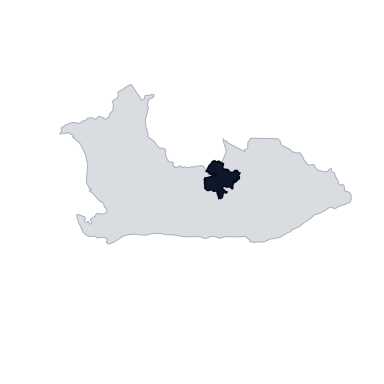 location of Atalaya, Ucayali, Peru, rotated 297°
{"feature_id": "86281439B8185732836313", "entity_name": "Atalaya", "entity_type": "district", "adm_level": 2, "iso_a3": "PER", "parent_name": "Peru", "parent_adm1": "Ucayali", "projection": "natural_earth1", "projection_center": [-73.051, -10.43], "detail": "fine", "context": "in_parent", "style": "filled", "palette": "ink", "viewbox_px": 384, "rotation_deg": 297, "n_neighbors": 0, "source": "geoboundaries", "source_scale": "gbopen_adm2", "svg_char_len": 9079}
<svg xmlns="http://www.w3.org/2000/svg" viewBox="0 0 384 384"><g transform="rotate(297 192 192)"><path d="M261.4,113.1L261.3,114.1L260.2,114.6L259.1,113.9L257.6,114.1L255.4,111.7L249.9,112.1L247.5,114.9L244.0,115.5L240.0,116.8L235.6,117.3L228.6,121.8L227.0,123.6L223.9,126.3L221.3,127.2L220.0,135.3L217.5,140.0L216.5,142.7L217.9,146.6L217.9,148.5L216.5,150.1L215.3,150.2L212.9,151.9L209.4,155.5L208.7,158.2L209.9,161.9L209.5,162.3L206.6,163.0L206.6,165.0L206.0,165.8L208.5,168.7L209.9,169.4L210.0,170.1L209.7,170.9L209.2,171.2L209.1,171.9L210.9,174.0L212.2,178.4L214.8,180.5L214.9,181.9L215.6,183.3L217.0,184.3L220.1,188.7L220.2,190.7L216.9,195.3L222.3,195.3L228.2,196.9L229.1,197.6L229.8,199.7L229.9,201.1L231.1,202.2L230.9,204.7L238.8,204.8L243.8,204.1L252.1,196.4L253.4,195.7L252.7,197.4L252.6,198.6L253.0,200.0L252.0,201.9L251.9,220.7L253.4,219.7L255.3,221.5L256.7,221.6L261.2,219.4L266.5,219.8L278.5,244.5L277.5,246.1L277.5,247.4L276.0,248.5L274.5,250.5L274.4,260.3L273.2,263.2L273.9,264.8L274.5,267.9L275.6,269.8L275.9,271.0L275.8,271.5L274.1,272.5L274.0,274.3L270.9,277.8L270.4,280.2L269.2,281.0L269.0,283.6L271.7,288.0L270.0,290.6L268.3,294.4L271.0,302.5L272.2,303.7L273.4,303.6L275.2,304.3L276.1,305.5L273.9,307.1L273.5,307.7L273.7,310.4L271.2,312.4L268.0,317.5L267.1,317.7L265.4,319.3L265.2,320.0L265.4,320.8L266.8,322.3L267.0,324.1L264.6,326.4L263.0,326.7L262.3,327.3L263.0,330.4L263.0,331.9L262.5,333.5L261.3,335.3L257.8,337.2L254.6,337.5L249.3,332.9L247.6,330.9L242.2,327.0L241.4,322.8L239.6,320.8L236.3,319.2L233.7,317.1L231.8,316.1L227.0,311.4L222.5,309.9L214.3,305.0L209.9,303.4L204.2,298.7L201.1,297.5L198.7,295.3L191.2,290.8L190.0,289.3L188.9,287.1L187.2,285.7L185.3,282.6L182.6,280.8L179.9,278.4L176.6,271.9L175.0,270.4L174.9,267.5L173.8,266.1L175.4,265.2L176.4,260.6L175.9,258.3L172.1,252.1L171.3,249.6L168.6,244.9L167.5,242.0L165.3,240.0L164.4,238.2L163.1,237.4L163.1,235.2L162.2,231.1L161.0,229.0L156.5,225.1L156.1,220.9L155.1,218.0L148.9,206.1L145.3,194.7L142.3,188.3L141.1,184.6L140.9,182.7L138.7,179.3L137.5,176.2L132.5,170.3L129.6,163.6L129.2,161.7L127.2,158.0L124.0,153.3L122.4,151.4L112.7,145.6L108.2,142.0L107.7,140.2L107.9,139.1L108.9,138.1L110.2,138.9L111.1,138.6L111.7,137.3L111.7,135.3L110.9,132.8L107.8,127.9L108.6,125.6L105.5,120.0L106.2,114.4L106.9,113.0L111.5,107.4L112.8,105.1L114.8,103.6L116.8,101.3L119.3,99.6L120.0,100.2L120.7,103.2L120.6,105.2L121.3,107.4L119.6,109.4L117.8,109.0L117.0,109.5L116.8,110.4L117.1,112.0L117.5,112.6L118.9,112.6L117.1,115.6L117.2,116.2L118.5,116.7L119.7,115.9L121.1,114.3L121.8,114.0L126.6,116.9L128.7,116.5L130.4,117.9L130.6,120.0L133.0,124.1L136.5,125.1L137.0,124.7L137.8,123.2L138.6,123.0L138.8,120.7L141.8,118.3L142.2,116.6L141.8,115.4L141.9,114.5L143.6,109.1L144.2,108.6L144.7,106.8L145.4,105.8L146.4,99.8L147.3,99.8L148.1,101.2L149.0,100.8L148.5,99.5L148.7,99.0L152.0,94.2L153.1,93.2L169.3,86.5L177.4,79.7L184.5,70.1L186.7,60.5L187.5,61.2L188.9,60.9L188.4,57.0L188.8,55.2L188.7,54.6L186.5,52.3L185.6,49.8L183.6,48.3L183.7,47.8L185.8,48.3L187.6,48.1L189.2,46.5L190.4,46.6L193.1,48.8L195.0,49.0L195.7,50.5L197.6,51.7L200.3,55.0L201.5,58.6L201.4,59.3L202.7,61.2L205.3,62.1L207.9,64.8L210.6,65.6L211.9,68.1L212.6,68.8L213.0,70.2L212.6,71.8L213.0,72.7L215.0,74.1L216.7,74.2L217.1,74.9L218.0,78.9L217.4,80.9L217.6,82.0L219.9,83.0L220.6,83.8L222.4,84.0L224.9,83.1L228.1,84.4L230.5,83.9L231.6,83.6L232.7,82.7L233.7,82.7L236.2,80.2L236.9,80.0L239.5,81.1L241.8,82.9L244.5,82.5L245.7,81.5L247.6,80.8L251.2,83.0L252.0,84.0L253.0,84.2L256.9,86.3L257.6,87.2L259.6,88.0L260.0,88.7L259.9,89.5L250.8,105.9L253.6,107.2L256.3,106.4L257.6,107.5L258.6,110.1L260.7,111.9L261.4,113.1Z" fill="#d9dde1" stroke="#a8b0b8" stroke-width="1"/><path d="M231.0,204.7L231.0,204.4L231.3,204.3L231.4,204.1L231.2,203.9L231.3,203.7L231.0,203.6L231.2,203.2L231.4,203.2L231.4,202.9L231.6,202.7L231.4,202.6L231.3,202.0L231.2,202.0L231.4,201.4L230.9,201.1L230.5,201.1L230.1,200.7L229.8,200.7L229.9,200.4L229.9,200.1L230.1,199.2L229.9,199.0L230.0,198.5L229.8,198.6L229.5,198.3L229.6,197.3L229.3,197.2L229.1,197.4L228.8,197.0L228.7,197.0L228.8,196.9L228.7,196.7L228.4,196.5L228.1,196.6L227.9,196.3L227.6,196.5L227.4,196.3L227.2,196.5L226.6,196.4L226.3,196.6L226.0,196.2L225.8,196.2L225.8,196.3L225.7,196.1L225.4,196.1L225.1,195.9L225.0,196.0L224.8,195.8L224.6,195.8L224.3,195.7L224.2,195.8L224.1,195.7L223.9,195.7L223.7,195.6L223.6,195.3L217.0,195.3L217.1,195.5L217.0,195.8L217.1,196.1L216.9,196.4L217.2,197.1L217.0,197.4L217.0,197.8L216.8,197.9L216.8,198.6L216.7,198.8L216.8,199.1L216.8,199.3L216.5,199.2L216.0,199.3L216.1,199.6L216.4,200.4L216.4,200.7L216.5,201.3L216.6,201.7L216.8,201.9L216.7,202.1L216.9,202.3L217.0,202.6L217.5,202.5L218.4,202.7L218.4,202.9L218.2,203.1L218.2,203.4L218.5,203.7L218.5,203.8L218.8,204.2L218.7,204.5L218.4,204.5L218.4,204.8L217.7,205.3L217.6,205.5L217.3,206.1L217.1,205.9L217.1,205.4L217.2,204.9L216.8,204.7L216.7,204.2L216.1,203.9L215.9,203.7L215.5,203.0L214.7,202.5L214.7,201.9L214.3,201.8L213.5,201.4L213.3,200.7L212.7,200.1L212.4,200.0L212.0,199.2L211.4,199.0L211.0,198.2L210.7,197.9L210.7,197.4L210.3,197.1L209.6,197.3L209.3,197.2L208.6,197.2L207.8,198.2L206.6,198.5L206.3,198.9L205.4,199.2L205.1,199.7L205.2,200.0L204.7,200.1L204.3,199.9L204.1,200.0L203.8,200.3L203.6,200.9L203.1,201.1L202.6,201.0L202.2,201.3L202.1,201.6L201.8,201.5L201.7,201.9L201.5,202.1L201.5,202.5L201.0,202.2L201.0,202.6L201.2,203.0L201.0,203.4L200.7,203.5L200.5,203.9L200.3,204.4L200.5,204.8L200.4,205.1L200.6,205.5L200.8,205.5L200.9,205.8L200.9,206.2L201.1,206.5L201.6,206.4L201.8,206.5L202.0,207.3L202.7,207.5L202.9,207.6L203.0,207.8L202.9,208.1L203.0,208.3L203.0,209.1L202.9,209.4L202.7,209.5L202.9,209.8L202.5,210.4L202.8,210.8L202.8,211.2L202.6,211.3L202.8,211.7L203.0,211.7L203.0,211.8L203.7,212.4L203.6,212.7L204.3,214.2L204.2,214.6L204.3,215.2L204.2,215.3L204.2,215.1L203.8,214.8L203.5,214.8L203.3,214.7L203.0,214.7L203.0,215.0L202.7,215.1L202.6,215.5L202.2,215.3L202.2,215.5L201.8,216.0L201.5,216.3L201.3,216.7L201.2,216.7L200.9,216.5L200.8,216.8L201.0,217.2L200.8,217.6L200.2,217.6L199.7,218.0L199.5,217.9L199.4,218.1L199.5,218.3L199.5,218.8L199.2,219.0L198.6,218.8L198.3,219.0L199.2,219.8L199.3,220.6L200.0,220.6L200.6,221.2L201.0,221.5L201.4,221.4L201.8,221.1L202.3,221.1L202.6,220.8L203.3,220.9L203.5,220.3L204.0,220.5L204.2,220.4L204.7,220.3L205.3,220.5L205.6,220.4L206.0,220.4L206.4,221.7L206.3,222.0L206.4,222.6L206.7,223.0L207.3,222.8L207.6,223.3L208.0,223.2L208.0,222.9L207.9,222.1L208.0,220.2L208.1,219.9L208.5,219.3L208.5,219.1L208.7,218.8L208.6,218.6L208.6,218.3L208.5,218.0L208.6,217.4L209.0,217.3L209.1,217.0L209.1,216.6L209.4,216.4L209.6,216.3L209.8,216.6L210.6,217.2L210.7,217.4L211.4,218.1L212.1,218.3L212.1,219.5L211.9,219.8L212.1,220.2L212.2,220.8L212.4,220.9L212.4,221.3L212.6,221.5L213.2,221.6L213.3,222.0L213.4,222.5L213.6,224.3L213.4,225.1L213.5,225.3L213.2,225.6L213.1,226.1L213.4,226.0L213.6,226.4L214.1,226.7L214.5,226.5L214.6,226.1L214.9,225.9L215.1,225.5L216.3,225.5L216.5,225.3L216.8,225.3L216.9,225.2L217.1,225.2L217.5,225.2L218.0,225.2L218.6,224.9L218.9,225.1L219.4,224.8L219.5,224.2L220.1,223.9L220.2,224.0L220.2,224.8L220.4,224.7L220.4,224.9L220.5,224.9L220.6,225.2L220.4,225.2L220.4,225.4L220.7,225.4L220.6,225.7L220.3,225.6L220.2,225.8L220.3,225.9L220.5,226.0L220.8,225.8L220.7,226.0L220.8,226.2L221.2,226.3L221.3,226.0L221.4,226.4L221.7,226.2L221.8,226.4L221.9,226.5L222.0,226.5L221.9,226.7L222.2,226.8L222.2,226.6L222.3,226.5L222.5,226.7L222.5,226.4L222.6,226.7L223.0,226.5L223.3,226.1L223.5,226.1L223.6,226.3L223.6,226.1L223.8,226.2L223.7,226.3L223.7,226.6L223.9,226.6L224.0,226.9L224.3,226.7L224.3,226.8L224.5,226.9L224.6,227.1L224.8,227.2L225.0,227.2L224.9,227.3L225.1,227.4L225.1,227.6L225.2,227.2L225.3,227.4L225.3,227.6L225.5,227.4L225.5,227.5L225.8,227.4L225.9,227.7L226.1,227.5L226.1,227.3L226.1,227.5L226.3,227.4L226.3,227.2L226.4,227.3L226.5,227.3L226.4,227.1L226.6,227.1L226.6,226.8L226.7,227.0L226.8,226.9L226.7,226.8L226.8,226.7L226.9,226.8L227.0,226.7L227.1,226.8L227.2,226.7L227.3,226.7L227.5,226.4L227.6,226.2L227.8,226.2L228.0,226.0L228.2,225.9L228.5,225.9L228.6,225.7L228.8,225.7L229.0,225.6L229.2,225.4L229.5,225.6L229.6,226.0L229.8,225.9L230.0,226.1L230.6,226.1L230.4,225.3L230.7,224.8L230.6,224.4L230.7,224.2L230.7,223.7L230.9,223.5L230.6,223.3L230.8,223.1L231.0,223.1L231.1,222.8L231.6,222.7L231.7,222.3L231.3,221.9L231.0,222.1L230.9,222.0L230.9,221.5L230.8,221.3L231.0,221.1L230.9,220.7L230.5,220.8L230.1,220.3L229.8,220.1L229.1,220.3L228.9,220.1L228.7,220.1L228.0,219.5L227.9,219.2L227.7,219.1L227.5,218.7L227.6,218.4L227.4,218.1L227.0,217.6L226.8,217.3L226.8,216.9L227.0,216.6L227.0,216.0L227.1,215.9L227.2,215.4L227.3,214.8L227.9,215.0L228.1,214.1L228.1,213.8L228.2,213.4L228.2,213.2L227.8,212.9L227.1,212.8L227.6,212.4L227.7,212.2L227.6,211.7L227.2,211.3L227.1,210.9L226.9,210.7L227.1,210.2L226.9,209.9L227.0,209.4L227.3,208.7L227.7,208.4L228.4,208.1L228.4,207.8L228.9,207.5L230.1,207.7L230.3,207.3L231.3,207.3L231.5,206.9L231.4,206.2L231.5,206.1L231.2,205.9L230.8,205.0L230.8,204.8L231.0,204.7Z" fill="#0f172a" stroke="#020617" stroke-width="1.5"/></g></svg>